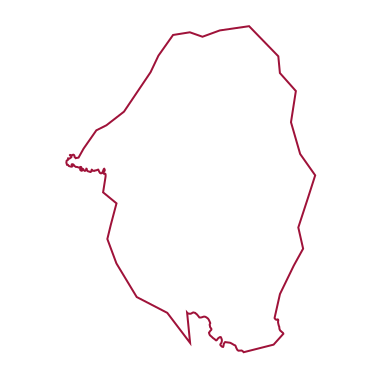 Orxontuul, Selenge, Mongolia, rotated 267°
{"feature_id": "93677404B15519148095195", "entity_name": "Orxontuul", "entity_type": "district", "adm_level": 2, "iso_a3": "MNG", "parent_name": "Mongolia", "parent_adm1": "Selenge", "projection": "robinson", "projection_center": [104.906, 48.824], "detail": "fine", "context": "isolated", "style": "outline", "palette": "rose", "viewbox_px": 384, "rotation_deg": 267, "n_neighbors": 0, "source": "geoboundaries", "source_scale": "gbopen_adm2", "svg_char_len": 4161}
<svg xmlns="http://www.w3.org/2000/svg" viewBox="0 0 384 384"><g transform="rotate(267 192 192)"><path d="M41.4,182.2L71.8,180.8L71.3,181.2L70.8,182.1L70.6,182.8L70.6,183.4L70.5,183.9L70.6,184.6L71.0,185.5L71.5,186.4L71.6,187.0L71.6,187.4L71.3,188.1L71.1,188.9L70.4,189.4L70.1,190.0L69.0,190.9L67.1,192.3L66.4,192.7L66.2,193.5L66.3,195.0L66.9,197.1L66.9,197.9L66.7,198.7L66.0,199.9L64.7,201.4L63.3,202.2L60.4,203.3L59.8,203.3L59.2,202.9L58.6,202.7L58.2,202.7L57.4,202.9L56.4,203.0L55.8,203.2L54.5,204.1L53.9,204.2L53.3,204.0L52.4,203.0L50.6,201.6L50.0,201.7L48.7,202.1L48.2,202.3L47.5,202.9L46.6,203.9L45.1,205.3L44.0,206.7L42.6,208.2L42.6,208.6L43.0,209.2L44.3,210.2L45.0,211.1L45.7,212.5L45.5,213.2L44.3,213.7L42.7,214.1L41.6,214.0L39.9,213.5L38.5,212.4L38.1,212.3L37.6,212.4L37.3,212.6L36.1,213.7L35.7,214.6L35.7,215.0L36.1,215.2L37.2,215.5L38.6,215.8L39.5,216.4L40.2,216.9L40.4,217.3L40.2,218.2L39.5,222.0L38.9,223.2L37.0,226.1L36.6,227.0L36.1,227.4L34.2,228.0L32.1,228.9L31.1,230.0L31.1,233.3L30.2,234.5L29.3,235.2L35.3,265.5L45.6,275.8L46.0,275.7L46.3,275.6L46.6,275.4L47.1,274.8L47.7,274.2L48.1,273.8L48.5,273.4L48.8,273.1L49.1,272.8L49.6,272.6L50.2,272.3L50.9,272.2L51.6,272.1L52.2,272.1L52.7,272.1L53.3,271.9L53.6,271.8L53.8,271.7L54.8,271.5L55.9,271.3L56.7,271.2L57.4,271.1L58.3,271.2L58.8,271.3L59.2,271.4L59.5,271.4L60.0,271.3L60.2,271.1L60.2,270.9L60.3,270.5L60.2,270.2L60.0,269.9L60.0,269.6L60.1,269.3L60.3,269.0L60.5,268.7L60.9,268.4L61.4,268.1L61.7,267.9L62.0,267.9L85.5,274.5L113.2,289.8L129.6,300.0L151.0,296.3L180.3,307.6L202.2,315.9L224.3,302.0L256.5,294.5L287.4,301.0L306.2,286.0L323.0,285.3L354.6,257.7L351.9,228.2L346.5,210.6L351.6,198.2L349.8,181.3L329.9,165.6L313.8,156.9L275.8,128.3L263.1,110.0L258.6,99.7L241.0,86.0L232.3,80.5L231.9,77.7L232.3,77.6L232.4,77.2L232.8,76.9L233.1,76.6L233.6,76.5L234.2,76.5L234.6,76.4L235.1,76.1L235.3,75.8L235.5,75.3L235.3,74.8L235.1,74.4L235.0,73.9L235.0,73.4L235.1,73.2L235.3,72.7L235.4,72.2L235.2,72.0L234.9,72.1L234.7,72.4L234.6,72.8L234.3,73.1L234.2,73.2L233.9,73.4L233.6,73.5L233.4,73.5L233.0,73.2L232.6,72.7L231.9,71.6L231.7,71.2L231.8,70.7L232.0,70.3L232.1,70.1L231.9,70.0L231.4,69.8L231.2,69.9L231.0,70.0L230.8,69.9L230.6,69.8L230.4,69.5L230.2,69.0L230.0,68.7L229.7,68.4L229.2,68.3L228.5,68.2L228.2,68.1L227.9,68.1L227.5,68.1L227.1,68.3L226.4,68.4L226.0,68.5L225.8,68.6L225.6,68.7L225.6,69.0L225.6,69.5L225.2,69.8L224.9,70.0L224.5,70.3L224.3,70.6L224.1,71.3L223.9,71.7L223.7,72.5L223.6,73.1L223.6,73.4L223.8,73.6L224.0,73.7L224.2,73.9L224.5,74.0L224.7,73.9L225.0,73.8L225.2,73.6L225.4,73.4L225.6,73.3L225.8,73.3L226.0,73.6L226.0,73.8L226.0,74.0L225.9,74.5L225.7,74.9L225.2,75.4L224.5,75.6L224.1,75.9L223.9,76.3L223.6,76.8L223.3,77.1L223.1,77.4L223.1,77.9L223.0,78.6L222.7,79.4L222.4,79.9L222.3,80.4L222.2,80.9L222.3,81.1L222.5,81.3L222.8,81.6L222.9,82.1L222.8,82.5L222.5,82.7L222.2,82.8L221.9,82.8L221.7,82.7L221.5,82.4L221.2,81.9L220.9,81.6L220.4,81.5L220.0,81.6L219.6,81.8L219.3,82.2L219.1,82.6L219.0,83.0L219.1,83.3L219.3,83.5L219.6,83.7L219.9,83.7L220.3,83.6L220.6,83.6L220.8,83.7L220.9,84.0L220.7,84.3L220.5,84.6L219.9,84.9L219.4,85.2L219.0,85.6L218.8,85.8L218.7,86.1L218.8,86.5L219.0,86.9L219.5,87.3L220.0,87.4L220.5,87.6L220.8,87.7L220.8,87.9L220.7,88.0L220.2,88.1L219.6,88.2L219.0,88.4L218.6,88.7L218.2,89.1L217.9,89.9L217.6,90.9L217.3,91.4L217.3,91.7L217.4,92.0L217.8,92.3L218.4,92.6L219.0,92.8L219.3,92.9L219.5,93.1L219.4,93.3L218.8,93.6L218.4,93.9L218.3,94.2L218.3,94.6L218.4,94.8L218.4,95.2L218.3,95.5L218.2,95.8L218.3,96.0L218.5,96.1L218.6,96.3L218.6,96.9L218.7,97.7L218.9,98.2L219.1,98.8L219.2,99.1L219.2,99.4L219.2,99.6L218.9,99.7L218.1,100.0L216.6,100.7L215.8,101.2L215.5,101.7L215.4,102.1L215.5,102.6L215.7,102.9L215.9,103.3L216.4,103.7L217.0,103.9L217.5,104.2L218.3,104.6L218.9,104.8L219.5,105.1L219.8,105.5L219.6,105.7L219.1,105.9L218.7,106.0L218.2,106.0L217.7,105.8L217.3,105.5L217.1,105.2L216.6,104.9L216.0,104.7L215.2,104.6L214.9,104.9L214.7,105.3L214.9,106.0L214.8,106.3L214.5,106.5L213.9,106.6L213.1,106.6L211.9,106.5L196.3,103.2L184.6,116.0L163.5,109.2L149.5,105.0L124.6,112.8L90.0,131.3L72.6,161.0L41.4,182.2Z" fill="none" stroke="#9f1239" stroke-width="2"/></g></svg>